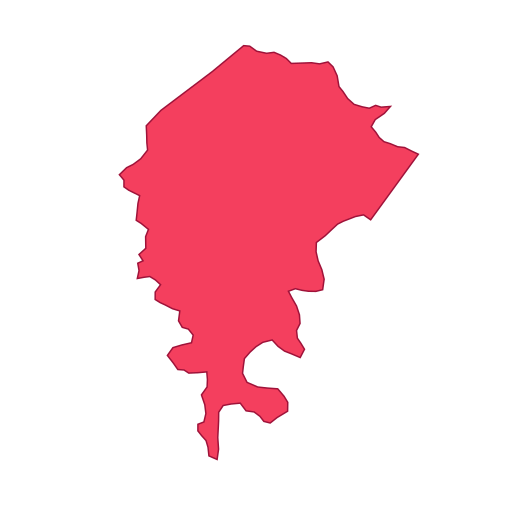 outline of Frei Rogério, Santa Catarina, Brazil, rotated 8°
{"feature_id": "56859067B51954921272382", "entity_name": "Frei Rogério", "entity_type": "district", "adm_level": 2, "iso_a3": "BRA", "parent_name": "Brazil", "parent_adm1": "Santa Catarina", "projection": "robinson", "projection_center": [-50.763, -27.212], "detail": "fine", "context": "isolated", "style": "filled", "palette": "rose", "viewbox_px": 512, "rotation_deg": 8, "n_neighbors": 0, "source": "geoboundaries", "source_scale": "gbopen_adm2", "svg_char_len": 2040}
<svg xmlns="http://www.w3.org/2000/svg" viewBox="0 0 512 512"><g transform="rotate(8 256 256)"><path d="M245.8,462.9L245.8,452.5L243.4,441.1L242.5,430.9L241.9,424.5L240.8,415.9L244.3,408.6L252.0,406.0L260.9,403.9L267.7,410.7L275.8,410.7L282.2,414.2L286.8,418.7L293.3,419.4L299.3,413.1L308.9,405.3L307.8,396.5L303.3,391.0L296.0,384.5L285.7,385.2L275.9,385.5L264.7,382.4L259.0,374.1L258.8,367.2L258.8,359.2L263.5,352.0L268.6,345.8L274.8,340.5L283.7,336.9L290.4,342.4L297.5,346.2L304.6,347.9L313.9,350.4L317.0,341.6L312.5,336.1L308.4,331.6L306.5,324.1L309.0,316.7L307.2,308.2L303.1,299.9L296.9,291.9L293.0,286.4L299.5,282.9L306.5,283.6L312.9,283.6L320.2,282.7L326.7,280.1L326.7,269.5L323.1,260.4L318.2,252.2L314.9,243.5L313.9,234.2L321.7,226.3L327.2,219.4L332.3,213.1L337.6,209.4L343.2,206.3L348.9,203.1L356.8,200.3L364.5,204.2L402.6,132.6L395.7,130.5L388.1,127.9L381.0,128.1L373.4,126.1L366.8,125.0L361.5,121.5L357.4,116.8L352.1,112.0L355.1,104.3L363.3,96.8L368.3,89.2L359.2,91.2L353.5,90.2L347.6,93.9L340.5,93.5L332.0,92.2L324.8,87.3L319.3,81.1L314.6,76.7L311.3,66.3L306.0,58.0L300.3,53.8L292.2,56.9L284.1,56.9L273.3,58.8L264.1,60.4L258.5,56.2L252.3,53.6L245.5,51.8L238.3,53.8L228.1,53.1L220.6,49.1L214.5,49.4L187.0,79.5L141.6,125.0L129.2,142.3L130.9,151.3L132.2,159.2L133.9,166.2L128.3,175.8L121.6,182.4L115.6,186.5L109.4,194.5L114.7,199.3L115.6,205.9L120.9,208.6L126.3,210.4L132.4,212.4L131.8,220.3L132.2,230.2L132.4,237.3L137.7,239.7L145.8,244.6L144.0,252.2L145.8,263.7L139.9,270.8L144.8,276.5L139.9,279.6L142.2,286.7L141.6,294.8L148.2,292.6L153.7,291.1L159.7,293.7L165.5,297.7L161.2,305.7L162.2,313.1L167.6,315.5L172.9,317.1L180.6,319.8L188.2,321.0L188.3,331.0L192.9,336.9L199.2,337.8L204.8,343.1L204.2,350.9L195.0,354.4L186.5,358.3L182.1,366.8L188.9,373.4L194.4,379.3L200.6,378.9L205.7,381.3L214.9,379.6L223.4,377.6L225.1,385.2L225.8,392.5L221.3,401.1L226.0,410.4L228.3,419.0L227.5,427.6L221.9,430.7L222.8,437.3L227.2,441.5L232.2,445.7L235.1,452.1L237.2,460.5L245.8,462.9Z" fill="#f43f5e" stroke="#9f1239" stroke-width="1.5"/></g></svg>